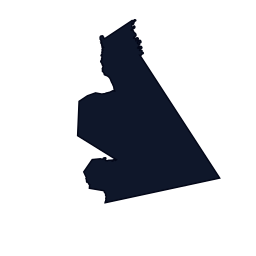 outline of North Fly District, Western, Papua New Guinea, rotated 147°
{"feature_id": "67681753B60857978351937", "entity_name": "North Fly District", "entity_type": "district", "adm_level": 2, "iso_a3": "PNG", "parent_name": "Papua New Guinea", "parent_adm1": "Western", "projection": "robinson", "projection_center": [141.24, -5.829], "detail": "fine", "context": "isolated", "style": "filled", "palette": "ink", "viewbox_px": 256, "rotation_deg": 147, "n_neighbors": 0, "source": "geoboundaries", "source_scale": "gbopen_adm2", "svg_char_len": 5497}
<svg xmlns="http://www.w3.org/2000/svg" viewBox="0 0 256 256"><g transform="rotate(147 128 128)"><path d="M187.9,77.8L78.4,36.1L78.4,182.3L78.3,182.2L77.8,181.9L77.5,181.9L77.1,182.1L76.5,182.4L76.3,182.5L76.1,182.5L75.7,182.3L75.2,182.2L74.7,182.3L74.4,182.5L74.3,183.1L74.4,183.4L74.7,183.9L74.9,184.1L75.0,184.3L74.9,184.5L74.4,184.9L74.2,185.1L74.2,185.4L74.5,185.9L74.8,186.3L75.1,186.5L75.4,186.6L75.7,186.6L76.0,186.8L75.9,187.0L75.7,187.2L75.5,187.3L75.3,187.4L75.0,187.7L74.7,187.8L74.4,187.8L73.6,187.5L73.3,187.5L73.0,187.5L72.8,187.6L72.6,187.8L72.4,188.6L72.5,188.9L72.5,189.1L72.7,189.4L72.9,189.6L73.1,189.7L73.5,189.7L73.8,189.6L74.1,189.4L74.3,189.3L74.8,189.2L75.9,189.2L76.2,189.3L76.3,189.6L76.4,189.9L76.3,190.0L76.1,190.1L75.9,190.2L75.6,190.2L74.7,190.5L74.4,190.7L74.1,191.0L73.6,191.6L73.4,191.7L72.9,191.7L72.7,191.8L72.6,192.1L72.6,192.4L72.7,192.6L72.8,192.7L72.9,192.8L73.4,192.8L73.6,192.9L73.8,193.2L73.9,193.5L73.9,193.8L73.8,194.2L73.7,194.4L73.5,194.6L73.3,194.7L73.0,194.7L72.7,194.5L72.5,194.4L72.2,194.0L71.8,193.2L71.6,193.0L71.4,192.8L71.2,192.7L70.9,192.7L70.7,192.7L70.5,192.9L70.2,193.2L70.1,193.5L70.0,194.0L69.9,194.3L70.0,194.6L70.1,194.9L70.2,195.0L70.4,195.2L71.1,195.4L71.8,195.6L72.0,195.8L72.1,196.0L72.0,196.3L71.8,196.6L71.6,196.7L71.2,196.9L70.9,197.1L70.7,197.5L70.7,198.2L71.2,198.7L71.4,198.8L71.6,198.8L72.2,198.8L72.7,198.6L73.0,198.3L73.4,197.6L73.6,196.9L73.8,196.8L73.8,197.1L73.1,198.2L73.0,198.4L72.9,198.8L73.0,199.3L73.1,199.6L73.3,199.7L73.5,199.9L74.1,200.1L74.3,200.2L74.4,200.3L74.2,200.6L73.9,200.7L73.6,200.9L73.4,201.0L71.6,201.0L71.2,201.1L70.9,201.4L70.7,201.5L70.5,202.1L70.3,202.9L70.3,203.3L70.8,204.5L70.9,205.1L70.9,205.5L70.7,205.9L70.7,206.1L70.7,206.5L70.7,207.0L70.7,207.4L70.7,207.5L70.9,207.8L71.0,207.8L71.7,208.1L71.8,208.2L71.9,208.3L71.9,208.5L71.7,208.7L71.4,208.8L70.9,208.6L70.3,208.3L70.0,208.3L69.8,208.3L69.2,208.4L68.7,208.3L68.1,208.4L67.9,208.4L67.5,208.7L67.3,208.9L67.1,209.2L67.1,209.3L67.1,209.9L67.2,210.1L67.3,210.2L67.6,210.3L67.9,210.2L68.3,209.9L68.6,209.7L68.9,209.6L69.1,209.6L69.4,209.9L69.4,210.0L69.5,210.5L69.5,211.1L69.3,211.5L69.2,211.7L68.7,212.1L68.2,212.5L67.9,212.9L67.9,213.3L67.7,213.5L67.6,213.4L67.5,213.2L67.6,212.8L67.5,212.6L67.3,212.3L67.1,212.2L66.9,212.2L66.6,212.3L66.4,212.4L65.8,213.1L64.8,213.7L64.5,213.9L64.1,213.9L63.3,213.8L63.0,213.9L62.8,214.2L62.8,214.3L63.0,214.8L63.2,215.0L63.3,215.1L63.6,215.2L63.8,215.2L64.1,215.2L64.5,215.1L64.9,215.1L65.3,215.0L65.5,215.0L65.8,215.3L65.9,215.5L66.0,215.9L99.0,215.6L99.4,216.3L99.0,217.4L99.0,217.6L99.2,217.8L99.3,218.0L99.2,218.2L99.0,218.7L99.1,218.9L99.1,219.1L99.8,219.2L100.0,219.3L100.0,219.6L100.3,219.7L100.5,219.7L100.7,219.8L101.0,219.9L101.4,219.7L101.7,219.5L102.1,219.1L102.5,218.4L102.8,217.9L103.0,217.6L102.9,216.7L103.0,216.4L103.1,216.2L103.0,215.8L102.9,215.6L103.5,215.1L103.5,214.6L104.0,214.8L104.0,214.5L104.4,213.8L104.2,213.7L104.2,213.1L104.1,212.8L104.2,212.4L104.8,212.2L104.9,211.8L105.0,211.4L104.8,211.2L105.0,210.9L105.2,210.7L104.9,210.5L104.8,209.7L105.1,210.0L105.3,209.9L105.8,209.7L105.9,209.3L106.1,208.6L105.9,208.5L106.1,208.2L106.6,208.1L107.2,207.7L106.8,207.2L106.9,206.7L107.2,206.7L108.4,206.0L108.3,205.4L108.8,205.4L108.9,205.0L109.1,204.7L109.1,204.4L109.3,204.0L109.7,203.9L110.2,204.1L110.3,203.9L110.4,203.5L110.9,203.5L111.2,203.3L111.1,203.1L110.8,202.9L110.8,202.3L111.0,201.9L111.1,201.5L111.4,201.2L111.9,201.0L112.2,200.8L112.3,200.5L112.1,200.3L112.4,199.9L112.7,199.8L112.9,199.6L113.1,199.3L113.4,199.5L113.4,199.9L113.6,199.5L113.9,199.2L114.2,198.8L114.6,198.6L114.8,198.4L114.8,198.2L114.6,197.5L114.7,197.3L114.7,196.9L114.6,196.7L114.6,196.4L115.0,195.9L115.0,195.6L114.6,195.3L115.0,194.9L114.9,194.7L115.1,194.4L115.3,194.2L114.9,193.6L115.2,193.4L115.2,193.1L115.4,192.8L115.7,192.8L116.1,192.6L116.3,192.2L116.6,192.0L117.0,192.0L117.2,191.8L117.4,191.4L117.3,191.0L117.6,190.8L118.0,190.4L118.1,189.9L118.5,189.5L118.3,189.1L118.3,188.1L118.3,187.1L118.1,186.7L118.1,186.4L118.1,186.1L118.5,186.1L118.7,185.8L118.3,185.4L118.3,185.2L118.4,184.9L118.1,184.7L117.7,184.0L117.2,183.5L116.5,182.0L116.2,180.7L116.1,179.8L116.1,178.8L116.3,178.0L116.8,175.5L116.9,174.2L116.9,173.6L117.2,172.3L117.3,171.2L117.7,169.8L118.5,168.2L119.0,166.3L119.7,166.9L120.2,167.3L120.8,167.6L121.3,167.6L123.1,167.8L124.1,168.0L124.8,168.3L126.1,168.7L126.7,169.0L127.4,169.2L128.9,169.4L129.7,169.9L130.3,170.2L130.8,170.4L131.4,170.6L136.1,175.1L144.5,177.1L154.5,177.0L174.4,149.0L155.0,107.7L155.7,107.7L156.1,107.6L156.4,108.3L157.1,109.1L157.8,109.3L158.5,108.6L158.9,108.6L159.4,109.2L159.2,109.6L159.0,109.8L160.1,110.4L161.7,111.4L162.5,111.7L163.2,111.7L163.9,112.4L164.4,112.8L164.5,113.3L164.2,113.7L164.0,114.4L163.4,114.3L163.1,114.7L163.0,115.2L163.4,115.4L163.9,115.8L165.0,116.1L165.4,116.0L165.9,115.5L166.4,115.6L166.9,116.0L167.4,116.7L167.9,117.2L175.2,121.0L189.0,115.3L189.9,109.0L190.8,108.5L191.0,107.2L191.4,106.6L191.9,105.6L192.0,105.0L191.6,104.8L191.3,104.3L191.2,103.7L191.4,102.6L191.3,101.9L191.0,101.4L193.2,98.5L182.4,88.6L182.2,88.4L182.4,88.0L182.6,87.5L182.7,87.3L182.7,86.6L182.6,86.3L182.6,85.7L182.7,85.1L182.8,84.8L182.8,84.7L182.9,84.4L183.3,84.0L183.4,83.8L183.5,83.3L183.5,82.8L183.6,82.5L183.7,82.3L184.1,81.9L184.3,81.6L184.8,81.2L185.0,81.0L185.0,80.8L185.1,80.5L185.1,80.2L185.7,79.8L185.8,79.6L186.0,79.5L186.4,79.0L187.0,78.6L187.6,78.2L187.9,77.8Z" fill="#0f172a" stroke="#020617" stroke-width="1.5"/></g></svg>